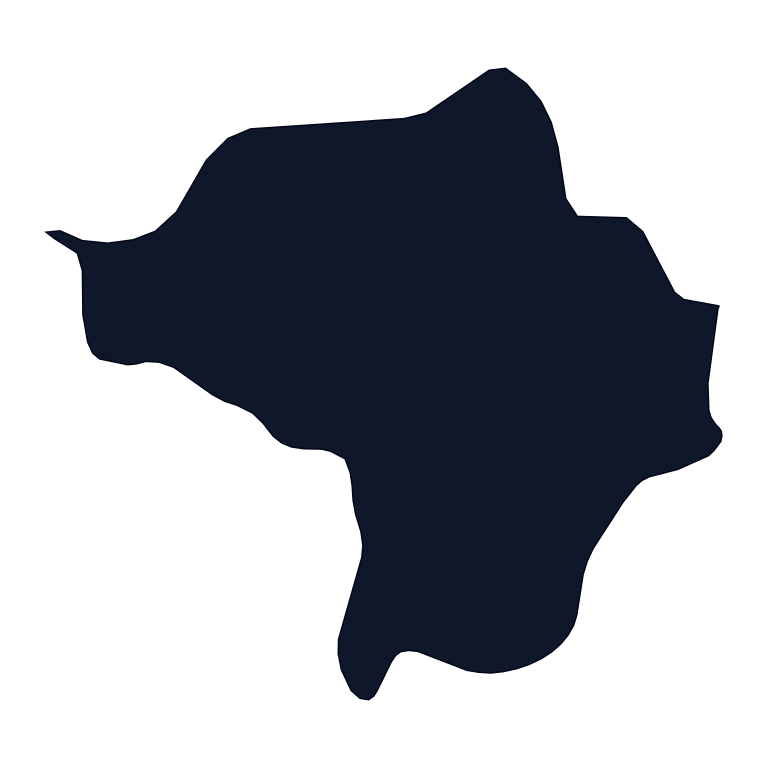 map outline of Butha-Buthe (orthographic projection)
{"feature_id": "LSO-1211", "entity_name": "Butha-Buthe", "entity_type": "District", "adm_level": 1, "iso_a3": "LSO", "parent_name": "Lesotho", "parent_adm1": "", "projection": "orthographic", "projection_center": [28.556, -28.822], "detail": "fine", "context": "isolated", "style": "filled", "palette": "ink", "viewbox_px": 768, "rotation_deg": 0, "n_neighbors": 0, "source": "natural_earth", "source_scale": "10m", "svg_char_len": 1354}
<svg xmlns="http://www.w3.org/2000/svg" viewBox="0 0 768 768"><path d="M505.5,68.3L526.4,83.7L541.1,101.6L551.2,122.4L557.9,147.1L565.8,198.7L577.4,216.4L626.4,217.8L642.7,231.6L674.6,292.4L683.7,299.5L718.1,305.8L719.0,306.1L717.9,309.0L707.9,383.3L708.8,410.4L711.0,417.5L713.6,421.6L716.1,425.0L718.9,427.8L721.2,431.1L721.9,435.4L720.9,441.2L713.9,450.6L708.4,455.7L678.2,469.2L648.8,476.9L641.6,480.7L636.0,485.7L623.0,502.2L593.2,548.4L587.2,561.2L583.1,574.6L576.8,614.9L573.7,625.1L568.1,635.0L561.1,643.6L551.7,651.9L541.8,658.4L529.5,664.3L516.3,668.8L502.7,671.7L490.8,673.0L478.3,672.2L466.9,670.3L417.9,651.4L408.8,650.4L400.9,651.6L395.5,655.5L391.0,662.4L377.2,690.6L373.8,696.0L368.7,699.7L360.0,698.3L351.3,690.7L341.4,669.8L338.3,654.0L338.5,639.5L361.8,557.5L362.9,545.5L361.0,531.9L355.7,514.5L353.1,500.5L352.2,485.8L350.2,472.5L345.1,458.8L330.3,451.1L321.4,449.1L303.3,448.7L291.7,447.0L282.1,443.2L273.3,436.3L262.9,423.0L252.8,413.2L236.9,405.2L225.1,401.4L212.5,394.7L173.6,367.2L158.9,362.1L145.8,361.4L136.4,363.9L127.5,364.7L99.5,358.9L92.8,353.2L87.7,342.2L82.9,314.6L82.4,270.6L77.3,253.1L54.5,238.6L46.1,232.2L60.0,230.8L82.2,240.6L107.7,243.2L133.2,239.8L155.5,231.2L176.6,211.8L206.4,160.1L227.9,138.5L250.5,128.9L404.2,118.6L426.2,113.2L489.1,70.3L505.5,68.3Z" fill="#0f172a" stroke="#020617" stroke-width="1.5"/></svg>